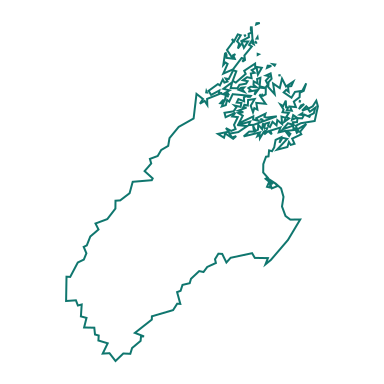 Marlborough District, Marlborough District, New Zealand
{"feature_id": "76426892B14162355231744", "entity_name": "Marlborough District", "entity_type": "district", "adm_level": 2, "iso_a3": "NZL", "parent_name": "New Zealand", "parent_adm1": "Marlborough District", "projection": "robinson", "projection_center": [173.954, -41.576], "detail": "fine", "context": "isolated", "style": "outline", "palette": "teal", "viewbox_px": 384, "rotation_deg": 0, "n_neighbors": 0, "source": "geoboundaries", "source_scale": "gbopen_adm2", "svg_char_len": 5922}
<svg xmlns="http://www.w3.org/2000/svg" viewBox="0 0 384 384"><path d="M66.5,276.7L66.1,301.0L75.9,300.3L77.9,305.5L81.7,304.5L80.9,316.4L86.5,317.9L84.1,327.5L94.3,327.7L95.0,334.5L98.7,335.5L98.4,340.5L107.7,343.3L102.7,353.6L109.5,353.2L115.5,361.0L123.3,353.5L130.3,353.8L132.1,348.0L140.6,340.9L141.0,336.5L144.0,336.4L134.9,332.9L151.8,319.6L151.9,316.3L173.1,310.1L177.2,303.7L180.3,303.9L177.1,292.1L180.6,290.8L182.5,284.9L189.7,283.2L191.0,278.8L199.2,271.1L203.5,272.0L207.3,266.9L215.9,263.0L215.0,259.2L218.4,253.7L222.2,253.9L226.4,262.5L230.6,257.8L252.1,253.2L254.8,257.9L267.9,258.1L265.5,264.3L270.8,260.0L288.0,239.9L300.2,219.5L290.3,219.6L285.5,216.0L282.0,206.5L283.5,196.9L281.1,188.4L275.7,183.6L268.5,178.9L267.7,177.5L268.1,179.7L275.5,183.6L277.4,186.1L271.8,188.4L270.4,184.2L269.8,187.5L267.0,186.8L269.2,181.8L265.6,178.8L267.6,177.5L263.2,172.5L263.3,164.1L266.0,156.7L268.5,156.4L269.1,150.4L272.0,151.2L274.2,147.4L275.6,139.9L281.1,137.3L279.5,142.8L282.5,137.8L287.2,138.9L277.0,149.7L287.4,147.0L288.9,142.0L290.7,144.9L294.5,143.8L292.2,138.6L301.3,134.3L300.0,131.9L306.3,124.0L297.0,129.7L298.8,131.3L296.8,132.8L295.7,129.8L286.5,130.9L290.4,133.8L289.1,136.0L285.2,130.9L278.7,132.4L280.5,127.5L270.3,130.7L271.7,134.3L268.2,131.2L264.3,134.4L265.7,130.9L263.9,131.6L259.9,138.3L259.7,134.9L257.4,136.2L258.2,134.4L259.0,133.8L259.8,132.8L260.0,132.4L243.7,136.4L249.2,131.6L254.0,131.6L253.1,125.8L255.7,131.0L258.0,129.7L258.2,124.7L262.1,129.1L263.0,123.3L264.3,127.3L265.2,123.7L269.0,122.6L268.0,125.8L270.0,127.0L272.5,121.8L276.5,125.3L277.3,120.1L282.1,124.1L281.5,116.6L285.7,117.8L284.1,122.0L289.1,118.4L286.3,116.9L288.8,113.0L282.5,112.2L283.6,109.6L280.4,104.5L283.2,106.0L285.8,100.6L286.1,107.3L288.2,107.3L286.8,110.3L291.8,110.7L289.9,106.5L295.9,107.1L293.8,101.6L299.6,97.2L299.8,92.7L303.7,90.9L306.2,83.3L302.3,90.8L295.0,91.9L291.5,97.7L283.7,92.4L286.2,89.8L288.6,91.8L288.0,86.6L291.3,86.1L293.3,81.6L286.0,86.5L282.0,78.6L279.8,88.1L273.1,83.5L274.7,94.2L268.2,87.0L268.5,83.7L265.4,87.7L259.6,86.3L260.4,77.8L257.1,79.0L257.6,83.5L253.7,81.4L253.5,84.9L256.6,87.3L250.7,86.7L248.4,88.1L251.1,90.5L248.3,91.7L255.9,90.3L254.5,94.8L259.7,87.6L265.8,88.3L265.7,94.4L263.0,95.8L262.2,94.8L261.5,96.0L260.2,94.9L259.8,95.4L265.6,103.8L256.3,102.9L257.4,109.6L254.3,108.1L253.0,112.3L250.7,105.7L254.7,99.0L248.1,100.0L247.8,105.5L244.4,104.7L243.2,107.3L246.5,107.6L238.2,110.7L243.3,112.2L238.2,113.0L242.8,115.7L238.9,123.3L253.3,116.4L253.1,119.5L258.1,120.7L256.2,118.2L265.4,113.7L264.4,116.8L266.3,117.6L276.8,116.3L253.7,124.8L248.7,125.1L250.2,121.6L237.3,125.1L247.2,126.1L238.3,132.1L229.5,133.6L232.0,137.5L236.2,136.1L233.2,138.8L225.2,133.4L224.0,137.7L217.9,133.9L228.6,131.7L225.9,128.1L231.2,130.9L235.6,129.0L234.0,124.9L237.8,117.1L232.3,116.5L235.3,112.8L225.6,117.2L224.5,112.8L233.6,111.3L236.4,107.2L234.6,105.5L240.6,106.9L241.4,103.0L236.7,102.6L238.4,99.1L244.1,101.3L243.9,97.4L246.2,96.1L247.9,96.9L250.1,96.8L250.8,95.9L232.7,94.2L229.2,101.6L227.1,99.9L225.8,105.1L221.8,106.4L223.8,101.9L222.6,101.6L221.2,103.3L220.3,103.2L222.8,100.3L224.8,100.2L225.9,95.0L223.0,94.2L229.5,90.4L223.4,88.8L232.1,82.3L230.7,88.1L237.4,88.3L239.5,84.8L246.0,83.7L247.6,81.2L242.9,80.2L247.1,77.2L251.6,78.2L250.8,73.5L254.6,72.8L251.7,70.1L256.6,67.5L257.9,74.6L261.8,67.8L255.2,66.7L255.1,63.6L244.2,70.8L245.7,73.9L235.8,82.6L232.7,80.9L236.3,71.3L233.2,70.3L228.7,79.1L225.7,78.5L227.5,81.5L224.4,82.6L222.8,79.5L219.9,85.4L217.9,84.1L208.6,90.8L211.1,94.9L219.4,90.5L218.9,93.3L222.2,92.9L207.1,98.9L207.3,105.0L204.6,100.9L199.9,103.7L203.0,99.0L196.5,93.9L193.6,118.5L178.7,126.9L169.5,138.1L168.2,145.9L161.2,150.0L157.7,156.0L149.9,158.9L151.2,163.5L144.6,171.1L152.7,178.4L151.8,180.2L132.7,181.8L129.6,193.2L120.2,200.4L115.5,200.7L115.4,208.6L107.3,219.1L95.5,223.5L98.5,229.5L90.3,236.5L86.8,245.4L83.7,246.9L86.4,253.3L83.8,259.6L77.8,262.5L70.2,276.9L66.5,276.7ZM251.7,27.3L250.9,27.3L250.8,29.6L251.6,32.6L248.6,33.8L248.9,37.2L240.6,41.4L248.1,41.5L243.9,47.9L242.1,43.1L237.9,48.5L239.2,43.6L237.1,41.3L240.7,35.3L237.8,34.4L234.0,41.5L232.1,38.9L233.1,41.8L227.0,50.0L232.2,57.7L233.1,55.2L235.4,54.1L233.4,55.7L234.8,58.9L226.5,57.9L226.5,54.8L225.8,53.1L225.0,53.6L223.3,65.0L225.5,62.5L227.6,63.9L223.3,73.6L233.0,69.4L241.6,58.0L244.2,58.7L242.4,61.7L245.0,60.0L244.4,55.5L251.8,46.5L249.1,44.9L252.5,39.4L251.7,27.3ZM316.3,100.7L312.7,106.3L308.6,108.5L306.3,106.3L302.1,110.6L307.7,108.7L309.9,111.7L315.3,107.7L313.8,113.3L308.9,115.7L310.2,117.2L304.3,114.6L302.1,118.4L297.5,118.1L297.0,122.2L292.8,122.2L293.7,124.7L287.9,123.3L282.8,129.3L293.1,125.6L293.4,128.3L296.9,128.4L295.9,125.7L300.9,123.2L314.7,121.0L317.9,106.3L316.3,100.7ZM270.6,73.4L266.0,75.5L269.7,76.4L265.8,80.6L267.3,83.5L271.6,78.8L270.6,73.4ZM297.0,117.7L293.2,115.1L292.0,119.7L297.0,117.7ZM244.1,87.5L241.0,87.8L238.6,89.8L244.3,91.9L242.3,89.4L244.1,87.5ZM271.3,65.9L267.7,65.7L267.0,67.9L271.3,65.9ZM259.7,23.0L256.5,23.2L256.2,24.4L259.7,23.0ZM271.9,182.3L268.8,183.8L271.8,183.7L271.9,182.3ZM298.9,109.1L304.2,104.1L300.9,105.5L298.9,109.1ZM302.4,113.2L299.9,114.7L302.4,115.0L302.4,113.2ZM253.8,44.2L253.2,41.8L252.5,43.4L253.8,44.2ZM275.2,64.5L272.9,64.2L274.6,65.6L275.2,64.5ZM263.3,119.9L261.2,119.1L260.7,119.7L263.3,119.9ZM299.5,102.5L300.3,100.3L299.8,100.8L299.5,102.5ZM256.6,38.6L257.7,38.6L257.5,37.1L256.6,38.6ZM255.6,41.7L255.0,41.4L256.7,43.6L255.6,41.7ZM227.4,95.8L227.9,97.2L227.9,95.6L227.4,95.8ZM279.6,75.2L278.4,75.3L280.6,75.5L279.6,75.2ZM228.3,94.0L227.7,93.0L227.1,93.8L228.3,94.0ZM206.9,92.5L206.4,91.3L206.2,92.4L206.9,92.5ZM273.0,183.7L272.5,182.8L272.4,182.9L273.0,183.7ZM270.0,181.3L269.0,180.4L268.4,180.4L270.0,181.3ZM258.8,54.3L257.7,53.9L257.7,54.9L258.8,54.3ZM267.2,128.2L266.3,128.4L267.0,128.8L267.2,128.2ZM245.8,35.1L244.8,35.4L245.0,35.8L245.8,35.1Z" fill="none" stroke="#0f766e" stroke-width="2"/></svg>